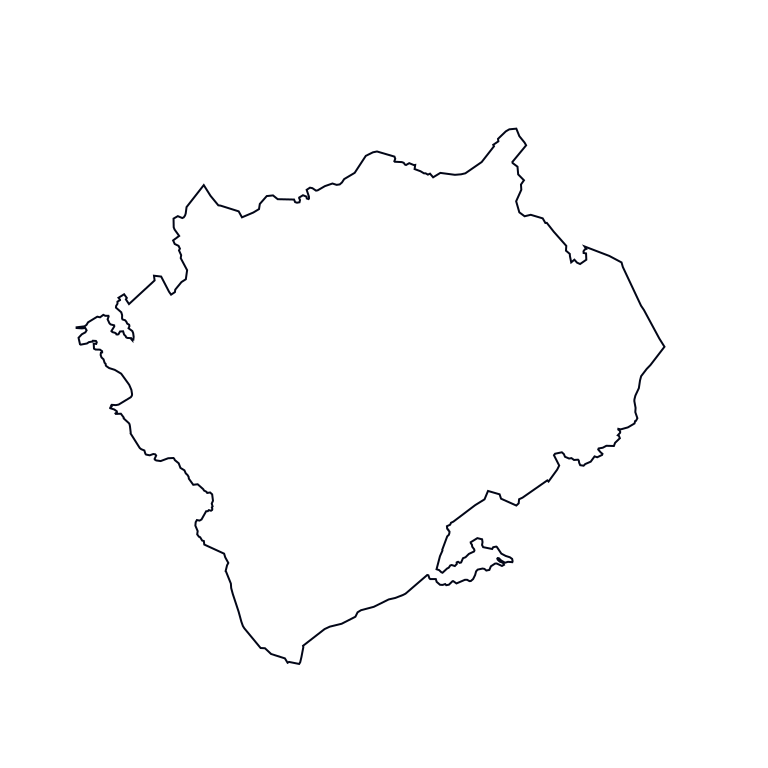 the district of Kastuļinas pag., Aglonas, Latvia, rotated 343°
{"feature_id": "27541924B97590463974978", "entity_name": "Kastuļinas pag.", "entity_type": "district", "adm_level": 2, "iso_a3": "LVA", "parent_name": "Latvia", "parent_adm1": "Aglonas", "projection": "albers", "projection_center": [27.187, 56.158], "detail": "fine", "context": "isolated", "style": "outline", "palette": "ink", "viewbox_px": 768, "rotation_deg": 343, "n_neighbors": 0, "source": "geoboundaries", "source_scale": "gbopen_adm2", "svg_char_len": 6166}
<svg xmlns="http://www.w3.org/2000/svg" viewBox="0 0 768 768"><g transform="rotate(343 384 384)"><path d="M589.7,197.3L589.0,194.2L585.9,186.6L585.2,178.5L578.3,177.1L574.4,178.0L564.7,182.9L564.3,185.4L558.4,187.2L558.7,188.8L542.3,200.3L523.4,206.3L519.0,206.0L513.0,204.7L499.6,198.6L491.4,200.7L489.5,196.3L487.2,196.6L485.4,194.7L483.8,194.2L481.1,191.2L476.1,187.4L477.9,183.6L476.6,183.4L472.7,180.2L469.1,181.0L468.2,180.3L467.5,178.2L465.9,177.0L459.3,174.6L459.0,174.0L460.6,171.9L460.5,169.6L445.3,159.6L441.2,159.2L433.3,160.5L417.7,173.5L405.8,176.4L402.7,179.0L400.0,180.2L396.9,179.7L393.3,177.2L385.3,177.5L377.2,179.4L375.5,179.2L372.8,175.8L370.6,174.6L366.8,175.7L367.0,182.8L366.5,184.7L365.9,185.1L364.4,184.0L364.6,182.1L361.7,179.8L357.4,180.9L357.2,181.5L357.5,183.5L356.3,185.5L353.8,185.2L352.2,184.1L351.9,181.3L336.4,176.2L333.0,171.2L326.8,170.0L317.9,175.5L315.6,180.2L309.2,181.8L296.9,183.1L295.5,176.4L279.8,165.6L277.8,164.7L273.1,153.3L269.8,141.1L246.9,157.1L244.2,163.0L243.0,164.7L241.2,166.1L239.6,166.3L235.9,163.2L231.1,164.3L228.7,172.7L228.9,175.1L231.4,182.5L224.3,185.0L224.8,188.9L227.9,191.8L228.4,194.9L227.0,196.3L227.7,201.5L226.4,204.2L229.0,217.6L225.1,225.9L220.1,227.3L212.0,232.7L210.9,235.0L206.5,236.3L205.4,232.9L202.3,216.1L195.7,213.2L194.9,217.9L163.5,233.0L161.9,227.6L163.2,226.5L161.7,222.2L155.3,223.9L156.2,226.2L156.1,226.6L153.2,227.3L152.6,229.3L150.6,231.1L150.0,232.6L153.7,238.6L153.7,241.6L152.7,244.6L152.8,245.8L155.1,247.4L155.8,249.1L156.1,251.2L157.6,252.8L157.5,254.2L156.0,256.0L158.8,259.8L159.0,262.0L158.4,265.7L157.3,268.2L156.2,267.5L156.0,268.5L155.4,267.2L155.5,266.2L152.0,264.9L151.1,264.0L150.9,262.6L149.9,260.7L149.9,257.3L146.9,256.6L144.6,258.8L143.3,258.7L142.6,258.3L142.6,257.5L141.6,256.3L139.5,255.0L138.8,253.7L142.9,250.1L143.1,249.0L140.0,247.1L139.2,245.7L138.6,241.3L140.4,239.0L140.4,238.2L137.4,237.3L135.8,235.8L132.0,237.2L129.5,235.8L125.9,236.7L119.0,238.5L116.8,240.5L114.5,241.3L106.6,239.9L106.4,240.6L111.4,242.5L114.7,243.1L115.3,245.7L113.5,247.3L109.6,248.1L105.4,250.5L104.9,257.1L105.5,257.7L111.8,258.4L114.0,257.7L117.5,258.1L118.2,257.5L121.1,258.6L121.5,260.1L120.5,261.5L118.2,260.5L117.0,265.4L118.2,266.7L122.4,268.1L124.0,270.2L123.7,271.4L122.4,271.4L121.5,273.4L121.6,276.0L123.0,278.4L123.0,282.0L123.7,283.4L123.4,284.7L123.6,285.6L125.8,288.4L130.6,291.7L135.7,297.3L140.1,310.3L140.7,315.8L140.1,320.1L139.5,321.4L138.0,322.6L124.2,326.1L121.4,325.8L117.5,324.3L116.8,324.8L117.0,325.8L115.4,326.4L115.1,327.1L118.6,329.5L120.5,332.0L120.3,333.0L118.6,333.6L118.8,334.2L123.7,335.5L125.3,340.0L125.0,340.8L128.6,346.9L128.9,348.0L128.7,350.1L127.6,356.3L127.2,357.2L131.7,373.8L132.8,375.4L135.4,377.5L135.4,380.9L135.8,381.9L139.1,383.7L142.9,383.5L144.7,384.4L145.2,385.8L142.7,388.6L142.7,389.2L143.8,390.5L147.9,392.4L155.9,391.9L161.0,393.2L161.5,394.0L161.7,395.6L164.5,399.8L164.8,404.7L167.9,408.2L168.3,411.5L169.5,413.6L170.0,415.6L169.7,417.5L172.1,424.6L176.5,425.4L180.4,431.8L180.7,433.2L182.7,435.2L183.1,436.5L186.0,436.9L187.4,439.3L186.3,445.7L184.3,448.0L184.3,451.0L183.3,451.6L183.3,453.3L182.8,454.2L181.5,454.6L179.6,453.4L178.3,454.1L176.7,453.7L169.9,460.2L167.7,460.7L165.3,459.4L163.5,461.1L162.2,464.3L162.8,470.2L161.4,473.2L162.4,476.0L163.4,476.8L164.3,480.5L165.8,481.5L165.2,485.0L181.5,499.5L181.5,503.3L182.8,509.6L180.9,511.5L177.8,516.7L178.1,517.3L179.2,530.1L178.2,534.5L178.0,540.6L178.4,559.3L178.1,569.6L178.3,574.2L179.0,576.8L188.8,600.4L192.9,601.9L197.1,609.2L209.0,617.4L210.3,622.4L211.9,622.0L221.0,626.9L222.5,625.6L225.2,621.0L230.0,611.9L230.0,610.7L255.5,601.0L261.2,600.2L273.4,600.9L288.6,598.2L292.0,594.6L295.9,593.6L309.1,594.1L325.5,591.4L332.2,591.9L340.5,591.3L343.3,590.8L369.5,579.3L370.5,579.9L370.6,583.1L371.2,584.1L376.5,585.7L376.5,588.6L378.9,592.4L381.4,593.3L384.0,593.2L384.7,594.6L387.4,594.9L391.9,592.6L392.6,592.8L395.0,595.9L404.2,594.9L406.2,595.5L408.1,597.5L409.4,597.8L412.2,596.6L415.3,593.3L417.3,590.1L419.3,588.9L424.3,589.3L426.0,590.2L427.3,592.3L430.4,592.6L432.9,589.6L437.7,588.2L439.3,588.6L443.6,592.5L445.9,592.0L445.5,589.8L442.7,587.6L441.4,585.3L441.3,584.1L441.9,583.7L442.9,584.2L444.4,587.0L447.5,590.3L450.6,590.3L454.6,591.9L455.2,591.0L455.4,588.7L453.7,586.5L450.1,584.0L446.6,580.5L444.3,572.9L443.8,572.3L440.7,572.0L439.2,573.4L431.1,569.0L430.7,566.6L432.0,564.0L432.4,561.2L428.2,558.7L420.6,560.7L420.5,561.8L421.1,563.3L420.8,565.4L421.9,568.4L421.8,569.7L421.1,570.5L415.5,571.3L411.3,573.5L408.6,573.7L405.6,577.2L404.1,577.2L402.9,575.7L402.0,575.7L401.3,575.9L401.0,577.4L398.5,578.8L395.8,576.9L394.3,576.9L392.2,578.6L390.4,578.9L384.8,581.6L383.8,580.8L382.3,578.1L380.1,576.5L387.2,565.0L391.2,560.4L391.2,559.6L399.9,548.2L401.9,547.2L403.0,545.6L403.5,544.2L402.7,542.6L402.9,542.0L402.1,540.9L402.6,538.4L406.1,537.9L407.5,536.3L410.1,535.9L435.8,526.5L446.4,523.7L452.2,516.7L462.3,523.3L462.4,527.9L475.0,538.9L477.9,537.5L479.5,533.7L483.2,533.2L512.0,523.9L512.8,525.4L524.6,516.5L527.7,513.2L525.7,501.8L527.2,500.7L534.1,501.3L535.5,503.6L535.8,506.5L539.2,509.4L541.6,509.7L543.5,512.2L547.4,513.1L547.9,514.1L547.6,516.4L547.9,519.0L551.0,520.5L553.0,519.4L559.0,518.7L564.2,514.8L566.5,516.4L571.8,515.6L572.5,514.7L571.1,512.5L569.7,509.3L570.4,508.4L574.6,508.9L578.6,508.1L585.7,510.5L587.8,507.8L593.7,504.8L593.5,502.3L592.6,501.4L595.5,499.7L595.9,498.9L595.7,497.4L594.7,496.1L595.0,495.4L597.1,496.6L604.5,496.8L612.0,495.0L613.3,492.9L614.2,492.9L616.3,490.8L616.1,484.4L617.6,480.4L618.4,473.5L619.0,471.9L621.0,468.6L626.5,462.5L629.9,455.4L632.2,451.7L639.6,446.4L644.3,443.8L663.1,430.4L660.6,421.1L654.2,389.2L652.7,384.3L646.6,341.9L646.7,337.2L636.9,327.4L616.0,311.1L616.9,314.0L615.3,314.1L613.6,315.4L613.2,317.1L615.4,318.2L613.8,324.3L606.6,326.6L604.1,324.4L602.4,320.8L598.6,322.4L599.2,316.1L599.7,313.9L597.0,309.7L598.7,305.2L590.9,288.1L586.8,277.5L585.4,277.2L584.2,272.0L573.8,265.1L567.5,264.7L563.6,259.4L563.8,247.9L572.1,238.4L573.3,233.3L577.4,230.1L573.6,222.8L575.2,215.2L571.6,210.3L571.7,209.2L589.7,197.3Z" fill="none" stroke="#020617" stroke-width="2"/></g></svg>